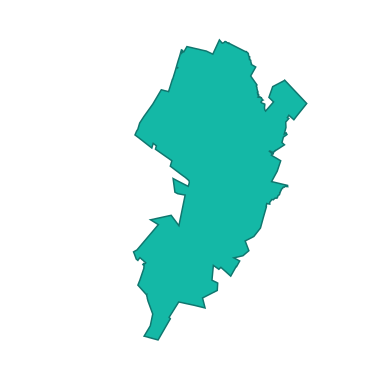 Villa de Guadalupe, San Luis Potosí, Mexico, rotated 210°
{"feature_id": "50627088B59646352587230", "entity_name": "Villa de Guadalupe", "entity_type": "district", "adm_level": 2, "iso_a3": "MEX", "parent_name": "Mexico", "parent_adm1": "San Luis Potosí", "projection": "natural_earth1", "projection_center": [-100.683, 23.271], "detail": "fine", "context": "isolated", "style": "filled", "palette": "teal", "viewbox_px": 384, "rotation_deg": 210, "n_neighbors": 0, "source": "geoboundaries", "source_scale": "gbopen_adm2", "svg_char_len": 5062}
<svg xmlns="http://www.w3.org/2000/svg" viewBox="0 0 384 384"><g transform="rotate(210 192 192)"><path d="M270.4,217.0L269.9,212.9L265.9,212.4L248.8,210.0L249.9,214.7L249.2,214.6L248.0,214.5L246.8,214.3L245.9,214.2L245.1,210.8L225.1,209.0L223.7,203.5L221.9,203.3L219.7,203.0L210.9,201.9L207.2,201.5L205.1,201.3L204.7,201.2L203.5,201.0L200.2,200.3L199.0,198.7L198.1,195.0L205.9,194.6L209.9,194.4L213.3,194.3L214.9,194.2L215.1,194.2L206.7,183.3L203.5,183.4L196.4,185.9L187.2,158.4L186.5,156.3L198.4,161.4L214.0,147.2L210.7,147.1L204.8,146.9L205.2,144.7L210.7,114.3L212.2,111.8L212.7,110.9L211.0,109.6L206.7,106.0L204.7,105.7L204.7,106.0L204.4,108.3L204.3,109.1L203.5,109.0L203.0,108.9L201.3,108.5L200.3,108.4L199.6,108.2L199.3,108.1L198.6,108.0L198.1,107.9L197.7,107.8L197.3,107.7L196.7,107.6L196.6,106.9L197.0,106.6L197.2,105.9L198.1,105.9L198.3,104.6L197.6,104.5L196.7,104.3L196.1,102.9L195.5,101.8L193.6,92.2L193.1,89.8L192.3,84.3L180.8,80.5L180.7,80.5L180.2,80.4L180.1,80.5L180.1,80.4L179.8,80.2L179.7,80.1L179.7,79.9L179.5,79.7L179.1,79.3L178.4,78.6L177.8,78.0L177.7,77.7L175.4,75.4L165.0,66.7L161.2,55.2L161.4,43.2L147.4,46.9L147.4,51.5L147.4,71.4L149.2,72.0L148.9,79.0L148.9,79.3L148.5,90.1L133.4,95.0L122.7,98.1L129.9,105.5L120.9,119.4L124.2,126.0L130.6,125.6L136.8,139.1L130.1,138.5L129.3,141.2L116.4,138.5L116.5,149.6L116.1,149.6L116.2,156.1L122.8,155.9L116.0,162.3L113.4,169.6L121.5,176.2L116.2,184.4L114.7,195.0L117.5,205.7L120.2,216.5L120.8,216.7L120.8,217.3L121.2,218.2L121.2,218.7L121.5,219.4L118.6,220.4L119.5,221.8L119.1,225.5L117.7,225.9L117.1,228.1L115.3,229.2L115.5,229.8L115.3,230.4L115.5,230.7L115.6,231.1L115.5,231.7L115.6,232.2L115.3,232.8L115.0,233.1L114.9,233.4L115.1,234.0L115.3,235.1L115.7,235.4L115.5,235.8L115.5,236.5L115.8,237.0L115.6,237.8L115.9,238.7L115.9,239.4L115.5,240.2L115.3,240.3L115.6,241.0L115.4,241.5L115.4,241.9L114.7,242.2L114.4,242.4L114.2,243.2L114.1,243.5L113.4,243.9L113.0,243.9L112.4,244.3L111.8,244.5L112.5,245.5L128.3,240.8L128.6,252.6L130.8,263.4L141.0,263.5L141.6,263.6L141.5,263.8L141.4,264.0L141.4,264.3L141.5,264.4L141.4,264.6L141.2,265.1L145.4,266.0L145.3,266.3L144.2,266.6L142.3,266.2L142.2,266.6L141.0,266.3L141.1,266.5L141.1,266.9L141.7,267.0L140.9,268.3L140.7,268.6L140.7,268.8L140.6,269.0L140.8,269.2L140.7,269.4L140.6,269.5L140.4,269.8L140.2,270.0L140.2,270.3L140.1,270.5L139.9,270.6L139.5,271.3L135.5,279.1L138.3,279.7L138.8,279.8L140.3,285.2L138.5,289.3L140.1,290.3L141.1,288.4L142.9,294.9L145.8,299.4L144.9,304.0L146.6,304.1L146.5,306.9L139.9,305.5L139.2,310.9L136.9,326.0L167.7,335.2L167.9,334.5L174.8,323.6L172.7,312.4L166.9,310.9L166.4,310.8L168.7,298.9L169.3,299.2L169.5,299.3L170.0,299.5L170.3,300.0L170.6,300.2L170.7,300.3L170.8,300.4L170.9,300.6L171.2,301.1L171.4,301.4L171.6,301.6L171.7,301.8L171.9,302.4L172.0,302.8L172.2,303.2L172.4,303.5L172.6,303.9L172.8,304.3L173.2,304.1L173.5,304.3L173.7,304.5L175.6,304.0L177.2,304.3L177.2,304.5L177.2,304.8L177.3,305.0L177.2,305.1L177.1,305.3L177.1,305.5L177.1,305.8L177.2,306.0L177.1,306.3L177.0,306.5L176.9,306.6L176.7,306.8L176.5,307.1L176.9,307.1L177.0,307.2L177.3,307.3L177.5,307.3L178.1,307.7L178.5,308.0L178.9,308.0L179.1,308.3L179.5,308.1L179.8,308.3L180.1,308.4L180.4,308.4L180.6,308.3L180.7,308.0L181.1,308.1L181.2,307.7L181.3,307.6L181.5,307.4L181.8,307.4L182.1,307.3L182.0,307.6L182.0,307.8L182.6,308.1L182.7,308.4L182.5,308.5L182.8,308.9L182.7,309.1L183.0,309.2L183.1,309.3L183.1,309.7L183.3,309.7L183.7,309.4L184.0,309.5L184.1,309.8L184.2,310.1L184.3,310.2L184.3,310.4L184.5,310.3L184.8,310.5L185.0,310.6L184.9,310.9L185.1,311.8L185.4,311.8L185.6,312.2L187.4,313.9L187.7,314.6L189.2,315.8L189.3,316.0L189.1,316.2L189.4,316.8L189.3,317.2L199.2,321.8L199.3,332.1L204.3,332.1L204.4,332.5L205.1,333.3L205.7,333.6L207.0,335.4L208.3,335.4L208.3,335.9L208.5,335.9L208.7,336.0L208.8,336.2L208.9,336.3L209.0,336.4L209.1,336.5L209.4,336.6L209.5,336.7L209.4,336.9L209.3,337.0L209.5,337.2L209.5,337.3L209.5,337.6L209.8,337.7L209.9,337.8L209.9,338.0L210.5,338.0L210.9,338.1L211.2,338.4L211.3,338.6L211.6,339.0L211.9,339.2L212.2,339.8L212.4,340.0L213.0,340.3L214.7,340.6L215.0,340.8L215.5,340.7L215.7,340.3L234.1,339.3L234.3,339.1L234.6,339.5L235.2,339.0L235.5,339.2L236.0,339.0L236.3,338.9L236.8,338.9L237.1,338.9L237.2,339.0L237.3,339.1L238.1,339.1L238.3,338.9L238.8,338.6L239.0,337.4L240.2,336.0L244.3,337.4L242.9,321.8L245.1,321.6L250.1,321.2L253.0,320.3L255.2,319.6L257.4,319.0L259.6,318.3L262.5,317.4L264.6,316.8L266.8,316.1L269.1,315.4L269.1,311.7L269.2,308.5L269.1,308.4L269.6,308.8L270.1,309.1L270.4,308.9L270.7,309.0L270.8,309.1L271.0,309.9L272.2,309.8L271.6,307.3L271.4,307.4L271.4,307.6L270.7,308.3L270.2,308.1L270.2,307.8L270.6,307.6L270.8,307.6L270.7,307.3L270.7,307.2L270.6,306.6L271.4,306.6L270.6,303.4L269.7,299.2L268.8,295.4L268.0,292.2L266.6,292.6L266.5,292.2L267.9,291.8L267.3,289.4L266.5,286.0L265.9,283.3L265.1,279.8L265.3,279.7L263.6,272.2L262.5,267.2L264.0,266.8L265.9,266.2L267.8,265.7L269.7,265.2L269.9,248.5L271.4,233.3L271.8,225.6L270.3,219.3L270.4,217.0Z" fill="#14b8a6" stroke="#0f766e" stroke-width="1.5"/></g></svg>